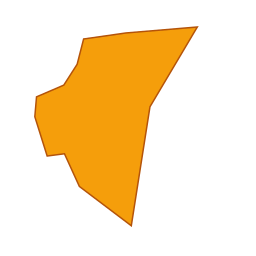 SVG path tracing the border of Pembroke, rotated 78°
{"feature_id": "MLT-5934", "entity_name": "Pembroke", "entity_type": "state/province", "adm_level": 1, "iso_a3": "MLT", "parent_name": "Malta", "parent_adm1": "", "projection": "equal_earth", "projection_center": [14.475, 35.933], "detail": "fine", "context": "isolated", "style": "filled", "palette": "amber", "viewbox_px": 256, "rotation_deg": 78, "n_neighbors": 0, "source": "natural_earth", "source_scale": "10m", "svg_char_len": 316}
<svg xmlns="http://www.w3.org/2000/svg" viewBox="0 0 256 256"><g transform="rotate(78 128 128)"><path d="M43.6,39.2L111.8,102.1L224.3,145.1L175.1,187.7L140.0,195.5L138.6,212.9L97.6,216.8L78.5,211.0L72.7,181.9L55.1,164.5L31.7,152.9L34.6,110.3L43.6,39.2Z" fill="#f59e0b" stroke="#b45309" stroke-width="1.5"/></g></svg>